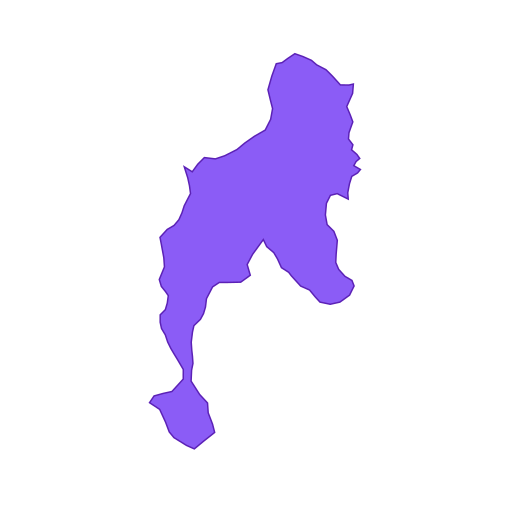 Epicho, Cyprus, rotated 24°
{"feature_id": "46923920B25776414767341", "entity_name": "Epicho", "entity_type": "district", "adm_level": 2, "iso_a3": "CYP", "parent_name": "Cyprus", "parent_adm1": "", "projection": "albers", "projection_center": [33.523, 35.225], "detail": "fine", "context": "isolated", "style": "filled", "palette": "violet", "viewbox_px": 512, "rotation_deg": 24, "n_neighbors": 0, "source": "geoboundaries", "source_scale": "gbopen_adm2", "svg_char_len": 1866}
<svg xmlns="http://www.w3.org/2000/svg" viewBox="0 0 512 512"><g transform="rotate(24 256 256)"><path d="M196.3,72.1L197.3,85.3L199.3,99.3L205.9,107.9L211.2,114.6L213.8,125.2L213.2,137.2L205.9,147.2L199.9,157.2L195.3,166.5L186.7,177.1L179.4,183.8L168.8,187.1L165.5,195.7L163.5,205.0L154.2,203.7L161.9,212.4L166.6,218.8L170.8,225.6L170.4,232.0L170.0,239.3L170.8,246.5L170.8,254.2L168.7,261.4L164.1,267.8L160.7,278.0L164.9,284.0L172.5,295.1L176.8,303.2L177.2,316.8L181.9,322.3L187.8,325.3L192.0,327.9L194.1,335.1L195.0,341.9L192.4,348.7L195.4,355.5L199.2,360.7L205.2,364.9L210.3,370.5L215.8,375.1L221.3,379.0L226.8,382.8L233.9,387.9L235.7,389.2L237.3,392.8L237.7,393.8L239.6,398.0L234.3,414.0L227.1,419.3L219.8,425.3L218.4,433.3L230.4,435.3L241.0,444.6L248.3,452.0L254.9,455.3L269.5,457.3L278.1,457.3L283.4,446.6L290.0,434.0L284.7,427.3L276.1,418.7L271.5,410.0L260.8,405.4L247.6,396.7L243.6,386.5L242.1,379.8L238.7,373.4L235.7,368.3L231.9,361.1L228.9,351.3L227.6,344.9L231.0,336.4L231.5,330.0L230.6,323.2L228.1,315.1L228.9,301.9L233.2,295.1L240.8,291.7L252.7,286.1L258.6,275.9L251.4,267.4L252.2,255.9L256.0,238.0L262.0,243.1L270.9,245.7L276.8,249.9L284.0,256.3L292.5,257.6L296.3,259.7L309.0,265.3L318.8,265.3L326.4,269.1L333.2,272.1L343.4,269.9L351.4,264.0L357.4,253.7L357.6,248.0L357.8,243.5L353.6,239.3L345.5,238.4L337.0,234.6L331.5,229.5L328.5,221.8L323.9,208.6L317.1,201.8L308.2,198.4L302.7,190.3L298.9,179.2L299.3,170.3L304.8,166.0L317.1,166.5L314.1,160.9L312.0,152.0L311.1,144.3L315.0,138.8L316.2,134.5L308.6,133.7L309.0,129.0L311.1,124.7L306.9,122.2L300.1,120.1L299.3,115.0L292.9,111.5L290.8,105.6L290.4,100.9L289.9,94.1L284.9,89.0L278.1,82.6L278.1,75.8L278.1,68.1L275.0,59.3L271.4,62.0L263.5,65.4L252.9,60.7L244.3,57.4L233.7,56.7L227.1,54.7L217.8,54.7L209.2,55.4L204.6,62.7L201.2,68.7L196.3,72.1Z" fill="#8b5cf6" stroke="#5b21b6" stroke-width="1.5"/></g></svg>